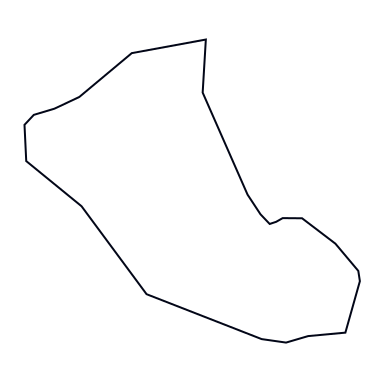 outline of Luce, rotated 89°
{"feature_id": "SVN-210", "entity_name": "Luce", "entity_type": "Municipality", "adm_level": 1, "iso_a3": "SVN", "parent_name": "Slovenia", "parent_adm1": "", "projection": "natural_earth1", "projection_center": [14.735, 46.359], "detail": "fine", "context": "isolated", "style": "outline", "palette": "ink", "viewbox_px": 384, "rotation_deg": 89, "n_neighbors": 0, "source": "natural_earth", "source_scale": "10m", "svg_char_len": 442}
<svg xmlns="http://www.w3.org/2000/svg" viewBox="0 0 384 384"><g transform="rotate(89 192 192)"><path d="M335.3,41.1L338.1,78.4L344.2,100.6L340.3,124.9L293.4,239.2L204.3,302.7L158.2,357.2L121.9,358.3L112.1,348.8L106.3,328.1L95.0,303.0L52.1,249.8L39.8,175.5L92.8,179.6L195.6,136.5L215.5,123.9L225.3,114.9L223.3,108.4L219.7,101.8L220.2,82.4L246.2,49.5L273.8,27.1L284.1,25.7L335.3,41.1Z" fill="none" stroke="#020617" stroke-width="2"/></g></svg>